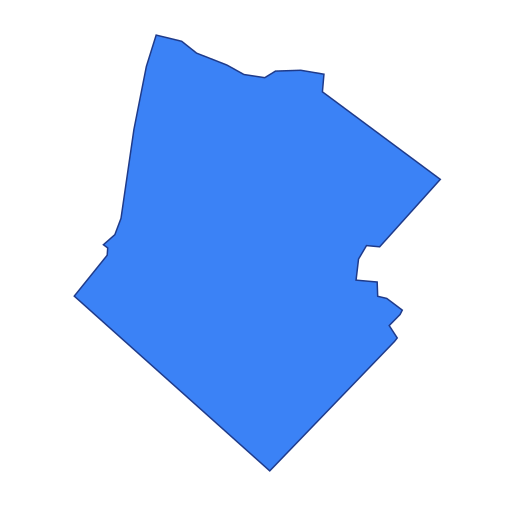 the district of 18 de Mayo, Canelones, Uruguay, rotated 94°
{"feature_id": "84410073B56582914281791", "entity_name": "18 de Mayo", "entity_type": "district", "adm_level": 2, "iso_a3": "URY", "parent_name": "Uruguay", "parent_adm1": "Canelones", "projection": "equal_earth", "projection_center": [-56.223, -34.699], "detail": "fine", "context": "isolated", "style": "filled", "palette": "blue", "viewbox_px": 512, "rotation_deg": 94, "n_neighbors": 0, "source": "geoboundaries", "source_scale": "gbopen_adm2", "svg_char_len": 565}
<svg xmlns="http://www.w3.org/2000/svg" viewBox="0 0 512 512"><g transform="rotate(94 256 256)"><path d="M67.6,224.3L70.2,249.5L77.5,259.7L75.8,280.7L67.6,298.2L57.8,329.4L47.0,345.1L42.6,371.0L74.6,378.6L138.2,386.6L227.9,393.3L244.6,398.3L248.4,402.1L255.4,409.0L258.3,404.5L265.6,404.5L308.7,434.5L469.4,227.3L331.5,111.8L327.9,109.4L316.1,118.3L304.3,108.2L299.8,106.3L289.2,122.6L287.7,131.8L273.5,133.3L273.1,154.5L251.9,153.5L237.9,146.5L238.2,133.3L166.7,77.5L87.6,201.2L69.9,200.9L67.6,224.3Z" fill="#3b82f6" stroke="#1e3a8a" stroke-width="1.5"/></g></svg>